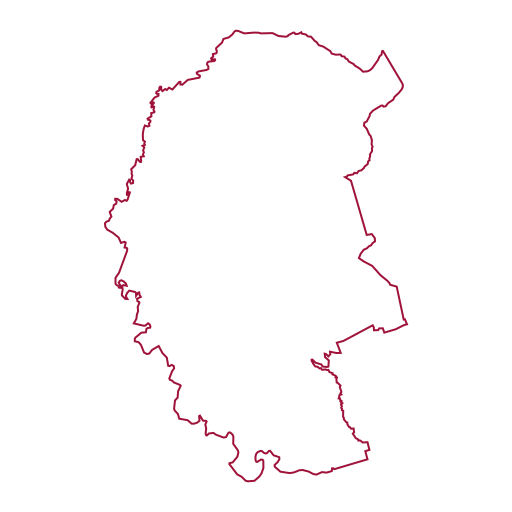 Dau Tieng, Bình Dương, Vietnam
{"feature_id": "81297802B65073062645065", "entity_name": "Dau Tieng", "entity_type": "district", "adm_level": 2, "iso_a3": "VNM", "parent_name": "Vietnam", "parent_adm1": "Bình Dương", "projection": "mercator", "projection_center": [106.434, 11.318], "detail": "fine", "context": "isolated", "style": "outline", "palette": "rose", "viewbox_px": 512, "rotation_deg": 0, "n_neighbors": 0, "source": "geoboundaries", "source_scale": "gbopen_adm2", "svg_char_len": 6025}
<svg xmlns="http://www.w3.org/2000/svg" viewBox="0 0 512 512"><path d="M361.4,170.3L364.1,167.8L364.4,166.7L367.7,164.1L368.1,161.4L369.6,160.3L369.3,158.8L370.2,156.0L369.9,154.5L372.1,151.0L371.9,148.2L372.6,146.8L371.6,144.5L371.9,140.2L370.7,136.1L369.1,134.3L366.8,128.8L363.9,125.6L364.4,122.6L366.7,121.5L369.6,116.0L370.0,113.8L373.1,110.5L381.2,105.6L382.6,105.5L383.4,106.6L385.6,106.3L388.0,103.2L393.2,99.7L394.5,96.9L398.9,92.8L401.8,89.2L402.7,87.1L402.9,85.1L402.2,83.3L383.0,51.0L382.2,51.1L381.5,54.7L379.5,56.4L378.1,59.9L372.2,68.2L370.1,70.1L367.7,71.3L363.1,71.7L359.6,68.5L354.6,65.4L353.8,64.2L348.8,61.5L347.3,59.2L345.5,58.4L344.4,56.6L341.6,56.2L341.0,55.0L340.1,54.5L335.8,54.7L331.7,53.6L330.4,51.2L323.3,46.6L318.8,45.2L316.6,42.1L314.8,41.0L311.0,36.7L307.9,36.4L305.9,34.5L301.8,33.6L301.3,32.3L298.3,33.8L295.4,34.1L294.4,32.7L293.3,32.6L288.3,35.2L287.7,36.2L285.7,36.7L278.5,36.0L272.5,33.1L261.0,33.4L258.5,32.7L253.9,32.6L244.3,33.4L238.3,31.0L236.0,30.7L234.7,31.3L232.2,34.6L228.6,37.5L223.5,38.9L222.0,42.6L216.3,47.9L216.0,48.9L216.8,51.1L216.7,52.6L216.0,53.4L212.9,54.1L213.2,56.6L211.1,58.3L211.5,59.4L214.9,59.3L215.1,60.4L213.9,61.1L208.5,61.7L207.5,62.4L207.0,64.3L208.4,66.6L208.3,69.1L206.4,70.0L198.6,71.4L196.7,72.5L196.9,73.8L200.0,75.8L199.5,77.6L187.8,79.9L182.3,84.7L180.4,84.5L180.4,81.9L179.3,81.9L172.4,89.5L169.0,87.7L166.8,90.0L165.2,89.0L162.5,91.1L161.3,89.7L161.2,86.9L160.2,86.6L159.4,87.6L159.2,90.4L156.5,91.8L156.2,93.2L156.9,93.8L158.5,93.9L158.5,95.7L154.5,97.6L150.4,102.9L151.1,103.6L153.1,102.4L153.8,102.6L153.7,103.4L151.6,105.6L151.3,107.1L151.7,107.4L153.3,106.3L154.2,106.7L153.5,109.8L154.5,111.8L154.0,112.4L151.2,113.1L151.4,116.4L147.6,118.6L147.9,119.7L150.0,120.2L150.5,120.9L150.3,121.9L148.9,123.5L149.4,125.8L147.8,126.5L144.9,125.5L143.6,129.0L142.8,134.2L143.0,140.1L144.9,141.6L144.3,143.4L144.9,144.8L142.5,145.8L144.3,147.3L143.1,150.5L143.9,152.3L142.9,154.4L143.8,156.3L140.7,156.8L141.2,161.1L140.9,162.0L139.8,161.8L137.8,159.2L136.7,159.1L135.2,165.2L131.2,169.2L131.8,171.8L131.6,173.8L132.3,175.5L131.5,178.7L133.2,180.7L133.0,183.1L131.0,183.6L130.1,182.1L129.9,180.0L129.2,179.6L126.8,184.0L128.1,188.7L126.8,193.2L127.0,194.9L127.7,194.9L129.1,192.2L129.9,192.4L127.7,199.3L126.7,200.8L124.9,200.0L121.7,201.8L117.2,198.8L115.2,198.8L115.2,200.1L116.6,201.3L116.2,203.7L113.8,205.1L113.1,208.7L109.7,211.9L111.4,216.6L109.7,218.6L109.0,220.7L106.4,221.7L105.0,223.2L105.3,226.7L107.2,229.6L112.6,232.7L118.6,237.5L121.0,242.9L124.4,241.8L125.7,242.5L124.6,247.5L126.7,247.9L127.2,248.5L127.1,250.8L119.1,272.6L115.5,277.9L115.5,283.6L116.3,284.8L118.4,286.0L118.9,287.6L120.9,287.9L121.3,287.7L120.5,285.7L118.7,282.6L119.8,280.9L121.4,280.3L123.8,281.5L125.9,283.5L126.7,285.8L123.3,285.1L122.2,285.8L122.7,289.6L121.8,294.3L122.0,295.5L125.3,298.9L127.4,299.0L126.0,296.6L126.0,295.4L127.2,292.9L129.3,290.6L135.2,292.0L136.0,292.9L136.1,295.8L138.2,292.7L139.2,292.4L139.5,294.8L140.8,296.9L137.1,298.7L137.4,301.1L139.2,302.1L139.4,302.8L137.7,306.9L138.1,311.1L136.9,314.6L136.4,318.8L133.8,323.4L144.0,325.8L145.4,325.5L148.1,323.3L149.7,324.5L150.4,326.4L150.2,327.6L147.5,328.1L146.4,328.9L145.9,332.3L141.3,332.7L135.4,337.6L134.8,338.9L134.8,341.3L138.2,342.0L139.6,343.2L141.0,345.0L144.1,352.6L147.0,354.0L149.2,353.6L152.2,349.8L158.7,346.0L162.4,353.0L166.8,357.6L168.2,365.8L169.5,366.1L171.8,364.9L173.8,366.1L174.1,368.4L172.1,371.2L169.3,378.5L169.9,379.8L171.9,380.5L174.0,382.5L180.2,385.0L180.7,385.8L178.1,391.3L177.6,397.7L175.0,400.4L174.1,408.5L174.6,410.4L178.0,414.1L179.2,418.7L187.6,420.2L191.7,423.7L194.1,423.7L197.1,422.7L199.5,420.8L199.1,416.1L199.9,415.6L203.1,420.7L206.1,420.9L206.6,421.5L205.3,424.7L206.2,428.2L205.6,433.7L206.3,435.4L207.1,435.3L208.9,433.5L213.4,432.9L216.0,434.7L223.8,437.6L226.1,437.0L228.2,433.1L229.2,432.4L230.4,432.6L232.6,434.7L233.4,436.8L233.2,443.8L237.8,450.2L238.4,452.4L237.4,456.7L232.7,462.4L229.5,463.2L229.3,464.0L237.2,474.4L241.7,476.8L245.6,480.7L247.8,481.3L254.4,480.8L259.3,476.6L261.6,473.2L263.4,467.9L263.3,460.7L262.7,459.8L261.1,459.5L257.1,462.0L256.1,461.5L255.5,459.8L255.5,456.4L256.2,453.9L257.7,452.1L260.3,451.0L261.7,451.0L264.0,452.9L265.8,453.5L266.9,453.2L269.0,450.9L270.2,450.9L273.6,455.3L279.2,457.2L279.4,459.2L277.7,462.0L274.6,465.0L274.7,466.6L280.4,471.7L289.8,473.1L294.0,472.4L299.2,470.3L302.6,470.0L308.8,471.6L313.2,474.0L316.4,474.6L322.0,472.1L326.5,472.6L331.8,471.1L332.1,468.3L333.3,468.3L334.2,469.2L367.5,459.3L365.3,451.2L369.4,449.9L367.5,442.2L362.8,442.5L360.4,440.6L358.3,440.5L358.3,439.5L355.7,438.1L352.8,433.6L354.1,432.3L353.6,428.5L351.0,428.7L350.0,427.2L349.2,427.1L347.4,424.4L347.3,422.5L346.2,422.2L343.8,419.2L343.9,417.9L343.1,416.9L343.2,410.8L341.9,410.2L342.1,409.0L341.2,407.8L341.9,406.2L341.0,404.8L342.3,403.3L341.3,402.9L341.6,402.3L340.6,401.6L341.4,400.9L340.1,399.9L340.0,398.5L338.7,398.4L339.5,395.1L341.3,394.5L340.4,393.3L341.4,391.9L339.8,387.1L340.5,385.6L337.6,382.7L336.7,382.5L336.4,379.4L336.9,377.6L335.6,377.4L336.1,376.3L335.2,375.6L332.4,374.3L332.6,373.2L329.5,372.1L328.4,369.9L327.0,370.1L325.5,369.4L322.5,369.8L321.8,369.6L320.9,368.1L319.4,368.4L317.9,366.9L315.2,366.4L312.9,363.2L312.9,362.0L312.1,361.7L311.6,360.6L311.6,359.7L312.4,359.6L315.4,362.6L321.4,364.5L322.6,366.5L326.9,367.0L328.4,366.6L328.8,360.4L325.1,357.2L324.7,353.7L326.1,354.1L328.4,356.4L330.3,354.2L330.0,351.7L336.3,353.0L340.7,352.9L336.8,342.7L343.3,341.0L372.7,325.3L373.8,327.3L374.0,330.3L378.1,330.1L379.2,328.4L382.8,328.3L384.3,332.6L395.6,329.3L404.2,325.0L407.0,324.3L404.9,319.3L403.7,319.5L396.7,286.6L390.2,284.8L389.6,283.3L387.4,280.8L380.4,275.1L372.2,265.9L363.8,261.5L358.9,258.1L360.7,253.7L363.8,249.7L366.9,248.3L368.9,246.3L371.2,245.2L372.5,243.2L375.0,241.3L374.8,238.1L371.8,234.1L366.7,234.9L351.0,180.8L345.1,177.1L346.8,176.6L347.7,175.4L353.2,174.4L354.4,172.8L356.9,173.3L358.6,171.0L361.4,170.3Z" fill="none" stroke="#9f1239" stroke-width="2"/></svg>